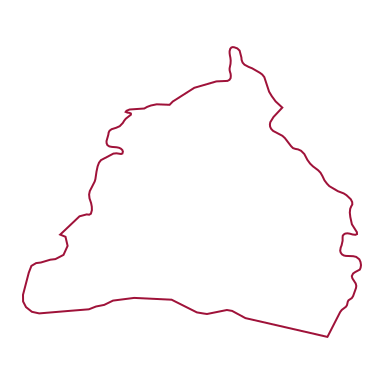 the County of Dolj
{"feature_id": "ROU-122", "entity_name": "Dolj", "entity_type": "County", "adm_level": 1, "iso_a3": "ROU", "parent_name": "Romania", "parent_adm1": "", "projection": "natural_earth1", "projection_center": [23.693, 44.245], "detail": "fine", "context": "isolated", "style": "outline", "palette": "rose", "viewbox_px": 384, "rotation_deg": 0, "n_neighbors": 0, "source": "natural_earth", "source_scale": "10m", "svg_char_len": 2364}
<svg xmlns="http://www.w3.org/2000/svg" viewBox="0 0 384 384"><path d="M39.2,313.4L31.9,311.8L26.0,307.1L23.1,301.5L23.0,294.8L28.8,272.6L31.4,265.9L36.1,263.1L40.9,262.5L50.3,259.7L55.4,259.1L63.5,254.9L67.6,245.9L65.5,236.8L60.2,234.6L79.5,216.3L86.7,214.4L89.2,214.7L90.9,213.7L91.9,210.1L91.8,206.7L91.1,203.1L89.5,198.3L89.1,194.5L89.8,191.1L94.7,181.5L95.4,179.1L96.5,171.6L97.6,166.4L99.0,162.7L101.0,160.1L113.4,153.6L116.5,153.3L121.1,154.0L122.4,153.5L122.9,151.6L122.3,150.0L120.9,148.7L119.1,147.8L116.8,147.3L111.9,146.9L109.3,146.4L107.4,145.1L106.6,143.2L106.5,141.1L108.3,134.8L108.7,132.4L109.6,130.7L111.6,129.2L116.1,127.8L119.7,126.2L122.8,123.0L124.2,120.7L125.8,118.7L130.9,114.7L130.9,113.5L129.6,112.9L127.4,112.6L125.7,111.9L126.5,110.8L129.6,109.5L144.3,108.5L147.1,106.9L150.9,105.5L156.7,104.3L169.6,104.8L172.8,101.5L194.3,87.8L216.4,81.4L227.5,80.9L229.5,79.8L230.6,78.1L230.8,75.9L230.6,73.8L230.0,71.9L229.6,70.1L229.6,68.3L230.5,63.9L230.7,60.6L230.4,57.8L229.9,55.3L229.6,53.1L229.6,51.1L230.3,48.7L231.4,47.5L232.7,47.1L234.3,47.3L237.3,48.4L239.6,50.6L241.4,57.5L241.6,59.9L242.6,62.6L244.5,64.7L248.6,66.9L252.1,68.3L259.9,72.8L262.2,74.5L264.3,77.1L269.1,91.7L271.8,96.2L275.6,101.4L282.3,107.6L273.5,117.0L270.3,122.2L269.9,124.4L270.1,126.6L271.1,128.8L273.1,130.9L282.4,135.8L284.9,138.1L291.1,146.2L293.0,148.1L295.4,148.9L298.1,149.4L301.1,150.8L304.3,154.0L307.4,159.9L310.1,163.6L313.0,166.4L318.2,170.3L320.5,172.7L322.4,176.0L324.5,180.4L327.0,183.7L329.4,186.2L337.9,191.2L343.7,193.4L346.5,195.2L350.8,199.3L352.2,202.1L352.3,204.5L351.2,206.4L350.2,208.8L349.8,212.6L350.3,217.0L351.9,224.3L356.9,232.2L357.0,234.1L355.4,234.8L352.7,234.5L349.9,233.7L347.4,233.3L345.2,233.6L343.9,234.4L342.8,235.6L342.6,237.2L342.6,240.8L341.6,245.3L340.7,247.6L340.2,250.7L340.7,252.6L342.0,254.4L343.9,255.5L345.8,255.9L353.2,256.2L356.2,256.9L359.3,259.3L360.5,262.0L361.0,265.1L360.6,267.7L359.8,269.6L355.3,272.0L353.1,273.5L351.8,276.1L352.4,278.4L355.7,283.5L356.3,285.9L356.0,288.0L353.1,296.1L351.8,298.1L348.5,300.3L347.8,301.6L347.0,305.1L346.0,306.7L341.8,309.9L340.2,312.0L327.5,336.8L327.4,336.9L245.4,318.1L232.1,310.9L226.9,310.0L207.0,314.0L203.5,313.5L196.9,312.4L171.6,299.7L134.2,297.9L113.0,300.6L104.2,304.9L96.0,306.5L88.9,309.3L70.3,310.8L39.2,313.4Z" fill="none" stroke="#9f1239" stroke-width="2"/></svg>